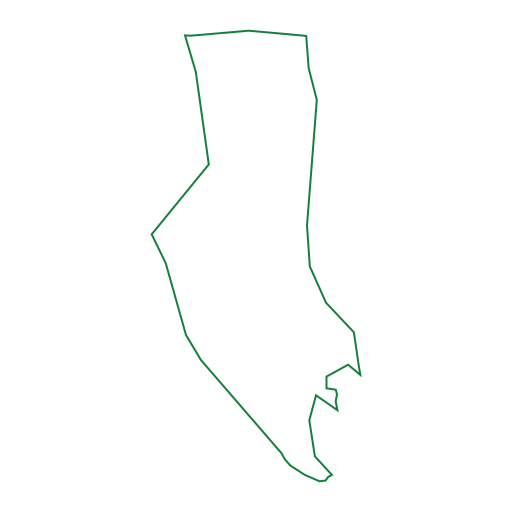 an SVG outline of Zanzibar West
{"feature_id": "TZA-3384", "entity_name": "Zanzibar West", "entity_type": "Region", "adm_level": 1, "iso_a3": "TZA", "parent_name": "United Republic of Tanzania", "parent_adm1": "", "projection": "albers", "projection_center": [39.265, -6.171], "detail": "fine", "context": "isolated", "style": "outline", "palette": "green", "viewbox_px": 512, "rotation_deg": 0, "n_neighbors": 0, "source": "natural_earth", "source_scale": "10m", "svg_char_len": 564}
<svg xmlns="http://www.w3.org/2000/svg" viewBox="0 0 512 512"><path d="M360.3,374.9L348.1,364.7L326.5,376.6L326.5,388.3L335.8,389.7L337.0,394.4L335.7,401.4L337.4,410.2L316.0,395.3L309.3,420.3L314.9,456.4L331.9,474.9L328.1,477.0L325.6,480.5L319.5,481.3L304.8,474.9L290.4,465.6L285.0,459.5L281.3,453.0L201.0,360.1L186.0,335.0L165.7,263.1L151.7,234.3L208.8,164.4L195.8,71.9L185.0,35.4L190.7,35.7L248.6,30.7L306.2,35.9L308.7,68.3L316.8,99.9L307.0,225.5L309.8,266.4L326.0,302.7L353.9,332.3L358.7,365.3L360.3,374.9Z" fill="none" stroke="#15803d" stroke-width="2"/></svg>